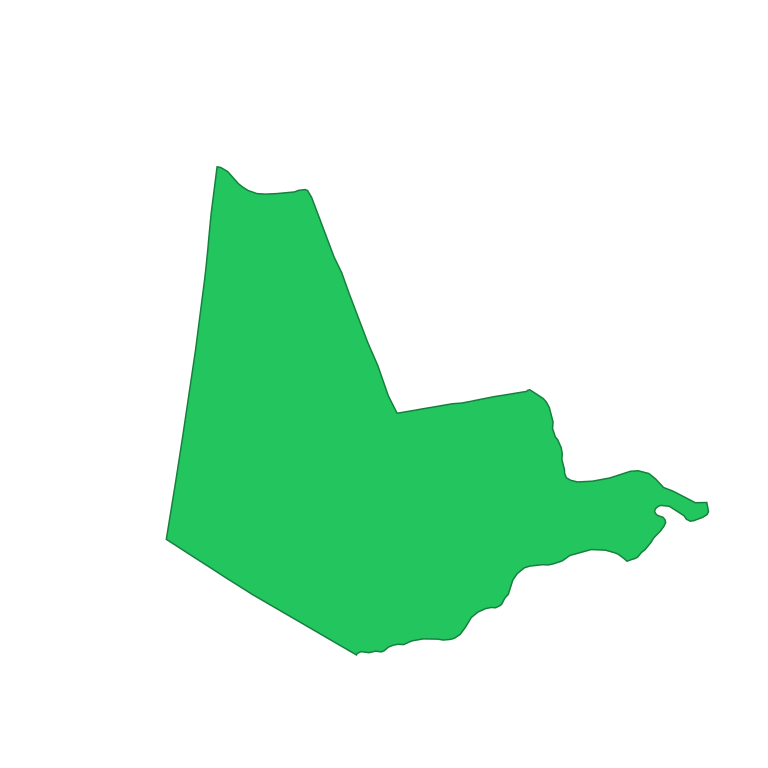 the district of Tacaná, San Marcos, Guatemala, rotated 339°
{"feature_id": "79465075B77121462598505", "entity_name": "Tacaná", "entity_type": "district", "adm_level": 2, "iso_a3": "GTM", "parent_name": "Guatemala", "parent_adm1": "San Marcos", "projection": "orthographic", "projection_center": [-92.043, 15.294], "detail": "fine", "context": "isolated", "style": "filled", "palette": "green", "viewbox_px": 768, "rotation_deg": 339, "n_neighbors": 0, "source": "geoboundaries", "source_scale": "gbopen_adm2", "svg_char_len": 1935}
<svg xmlns="http://www.w3.org/2000/svg" viewBox="0 0 768 768"><g transform="rotate(339 384 384)"><path d="M642.9,610.3L632.1,606.4L615.5,587.7L607.9,580.8L603.5,569.9L599.2,562.5L590.1,556.0L582.7,553.8L560.9,552.6L543.7,549.4L529.6,544.8L523.8,540.8L520.7,537.0L520.6,532.1L521.8,528.7L523.0,518.2L525.4,513.2L526.6,507.1L526.2,498.5L525.0,494.6L525.4,486.0L528.2,480.1L529.9,465.4L529.1,459.1L527.5,454.7L520.3,444.7L518.0,441.6L515.8,441.4L514.4,442.0L481.9,435.2L449.9,429.7L440.6,426.9L385.8,416.0L383.8,396.6L384.8,364.7L383.7,339.5L383.9,286.7L384.4,265.0L382.9,247.6L383.3,184.2L382.0,176.0L380.0,174.2L373.6,172.6L369.2,172.6L352.1,167.8L341.5,164.3L333.6,160.7L326.5,154.7L322.6,149.5L319.9,144.9L314.2,129.7L309.1,123.3L306.0,121.4L283.9,162.6L277.0,176.4L272.0,186.5L268.2,194.3L261.8,207.0L258.1,214.3L253.9,222.3L220.2,284.8L177.8,359.9L154.7,400.2L125.1,451.0L147.9,482.2L154.0,490.4L166.9,508.2L185.8,533.5L261.2,627.1L262.4,626.0L266.6,625.6L273.8,629.5L280.5,630.4L285.4,633.1L288.6,633.1L293.8,631.2L299.3,631.2L303.8,632.0L308.9,634.3L317.8,633.8L329.2,636.0L342.9,641.5L347.4,644.2L354.3,646.2L358.5,646.6L365.5,645.0L373.0,640.2L381.8,633.3L389.9,630.6L398.2,630.1L403.8,631.0L408.0,632.9L413.3,632.4L415.2,631.6L420.0,627.2L424.7,624.9L434.0,613.2L440.4,608.8L449.1,605.9L455.0,606.3L467.3,609.5L472.5,611.8L477.6,612.6L487.2,613.0L496.1,610.7L518.1,612.8L531.2,618.5L539.1,624.4L541.6,626.8L543.4,629.6L546.0,633.8L547.2,636.4L548.8,636.6L552.3,636.6L555.7,636.9L558.6,636.6L561.1,635.2L564.0,633.5L567.9,632.4L570.7,630.9L576.4,627.6L580.7,624.3L589.5,620.3L594.8,616.8L597.3,614.3L597.7,611.2L596.6,608.3L593.3,605.6L592.1,604.4L591.3,602.7L590.9,600.9L591.1,599.7L592.3,598.2L593.3,597.5L595.4,596.8L596.6,596.5L598.2,596.5L599.7,596.9L606.6,600.5L616.9,614.5L617.8,618.5L620.7,621.8L624.2,622.6L633.6,622.7L638.8,621.7L641.2,619.5L642.9,610.3Z" fill="#22c55e" stroke="#15803d" stroke-width="1.5"/></g></svg>